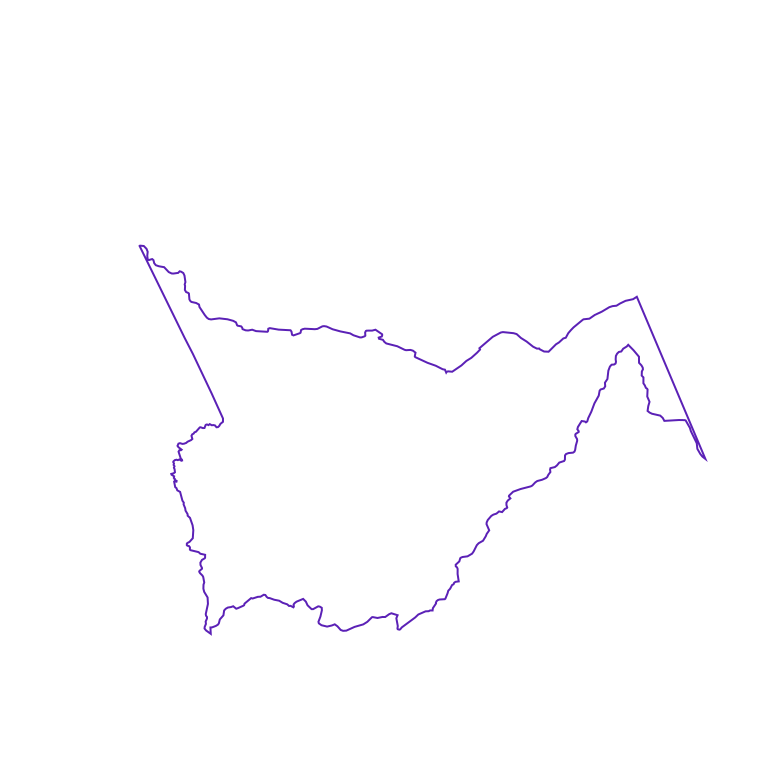 outline of Neno, Neno, Malawi, rotated 245°
{"feature_id": "42251766B14168102698524", "entity_name": "Neno", "entity_type": "district", "adm_level": 2, "iso_a3": "MWI", "parent_name": "Malawi", "parent_adm1": "Neno", "projection": "albers", "projection_center": [34.695, -15.51], "detail": "fine", "context": "isolated", "style": "outline", "palette": "violet", "viewbox_px": 768, "rotation_deg": 245, "n_neighbors": 0, "source": "geoboundaries", "source_scale": "gbopen_adm2", "svg_char_len": 6166}
<svg xmlns="http://www.w3.org/2000/svg" viewBox="0 0 768 768"><g transform="rotate(245 384 384)"><path d="M420.8,223.5L417.8,222.1L417.0,218.9L415.6,216.9L415.1,215.3L415.6,213.9L417.9,213.3L418.9,212.0L419.4,210.5L421.3,209.1L420.9,207.6L422.1,206.5L422.3,205.8L422.2,205.0L420.0,202.7L420.6,201.2L422.3,199.5L422.5,198.7L420.2,193.4L420.3,191.8L419.5,190.5L419.4,188.9L418.4,187.6L415.2,187.1L414.7,185.5L414.7,181.5L414.2,179.9L414.4,177.5L414.9,176.0L416.6,174.1L416.8,172.5L415.2,170.7L413.6,171.0L410.0,172.8L409.8,172.0L410.4,170.5L409.5,169.2L402.3,168.3L400.8,168.9L400.0,168.7L400.1,167.9L402.1,166.6L402.1,165.0L403.1,163.9L403.4,162.2L402.9,160.6L402.4,160.0L400.7,160.1L399.6,159.1L398.0,159.4L396.9,158.2L395.3,158.2L392.3,157.2L392.0,155.6L392.4,153.2L391.6,153.1L389.0,154.8L387.7,153.8L386.3,154.3L385.7,153.8L383.8,155.1L383.2,154.6L384.1,153.2L384.1,152.5L378.8,151.2L377.3,151.9L375.0,151.7L372.4,153.6L363.4,152.0L361.1,152.4L359.6,151.5L355.4,151.3L353.1,150.6L349.1,151.0L347.6,150.4L344.7,151.6L336.8,150.8L332.1,149.4L325.0,145.5L323.1,141.0L323.0,138.7L322.7,137.9L321.3,137.2L320.5,137.5L319.6,138.7L318.0,139.1L315.9,138.1L315.1,138.5L310.0,144.9L307.8,145.8L304.8,149.7L302.3,148.5L301.8,147.9L301.5,144.7L299.7,142.1L297.5,141.2L294.2,141.3L293.5,141.0L292.6,137.8L292.0,137.2L290.4,137.3L287.1,138.5L285.5,138.6L280.1,137.2L278.4,135.6L274.8,133.8L271.6,133.2L265.1,133.9L259.1,131.5L250.8,125.2L249.2,124.8L247.6,125.1L246.2,124.4L244.1,122.0L241.8,121.2L239.6,118.8L238.2,118.0L235.8,118.6L230.8,121.4L236.7,123.8L236.1,125.3L235.8,129.3L236.1,131.8L236.9,133.2L240.0,135.7L242.2,140.7L246.3,143.4L247.2,145.6L247.4,148.0L246.5,151.1L246.3,153.4L242.8,155.1L242.6,156.7L242.5,163.0L242.7,163.8L243.9,164.8L246.1,173.1L245.1,174.3L244.4,179.9L243.4,182.1L243.8,186.0L242.9,187.3L240.6,187.7L239.1,188.5L238.3,189.9L234.9,193.3L231.9,197.4L228.5,199.7L225.2,203.2L223.0,204.1L222.4,205.6L219.9,207.5L220.3,208.2L222.4,208.9L223.2,210.4L223.7,212.7L223.4,219.9L219.8,221.2L215.7,221.2L210.6,223.2L209.9,224.6L210.3,230.4L209.4,231.7L207.5,233.0L205.2,232.1L200.1,228.1L196.2,224.1L194.6,223.8L191.8,225.4L188.2,229.9L187.2,234.6L187.0,237.8L184.1,239.4L179.4,240.8L177.6,242.6L176.4,245.6L176.3,254.7L174.9,263.6L175.5,268.4L177.7,274.5L177.5,275.3L174.7,279.2L173.5,284.2L172.3,286.6L173.2,291.4L173.1,293.8L168.7,298.6L166.5,296.2L158.8,294.2L156.8,292.9L156.0,292.8L154.9,294.0L154.8,295.0L155.9,297.3L159.2,313.5L160.6,317.7L160.4,325.6L159.2,328.5L159.3,330.1L158.2,332.3L160.2,333.6L163.1,338.4L163.9,338.6L165.0,339.9L165.4,341.6L165.2,343.3L163.3,348.1L163.5,348.9L167.4,353.1L169.5,354.9L170.5,357.4L173.0,360.7L173.1,362.4L174.2,363.6L174.5,365.2L173.5,368.3L180.7,370.4L185.3,372.6L186.9,372.7L188.4,372.0L189.9,372.6L191.4,377.3L193.9,379.5L194.1,380.4L194.0,382.1L192.5,386.9L193.0,392.1L194.3,394.4L198.7,400.0L199.7,402.5L200.1,407.5L203.0,411.9L204.7,413.7L206.9,417.5L213.7,417.7L215.2,418.6L216.9,420.6L219.1,425.5L219.4,427.9L219.0,431.2L219.9,434.4L218.0,436.9L219.7,440.8L219.6,442.8L220.0,443.5L222.5,443.8L224.7,444.8L226.1,447.0L226.9,450.2L229.3,449.7L230.0,450.2L231.8,455.5L231.1,463.4L229.2,473.7L229.3,475.5L230.9,479.5L231.3,481.9L230.4,486.8L230.3,491.0L230.7,492.6L232.3,494.6L233.9,497.6L236.2,498.3L237.4,499.3L236.5,503.7L237.1,506.3L238.7,509.6L238.1,514.7L239.0,516.0L242.8,517.9L243.6,519.4L243.4,522.1L241.9,526.3L242.2,528.0L243.5,529.4L247.1,531.8L250.9,535.1L252.5,535.7L255.9,535.4L257.3,536.0L257.8,536.7L258.2,540.1L258.9,540.5L261.3,540.1L263.1,541.6L266.9,547.5L265.1,550.2L263.9,550.8L264.2,552.4L266.8,554.7L271.3,560.2L277.5,566.5L282.7,573.7L286.8,576.6L287.5,578.0L287.0,581.3L288.4,583.5L291.8,584.8L294.1,588.6L301.3,593.0L304.3,596.1L305.3,598.4L304.4,600.9L304.7,602.5L306.0,603.6L308.5,604.4L311.4,606.0L313.0,608.1L313.8,610.4L313.2,612.8L314.9,615.7L315.4,619.9L316.3,621.9L309.2,624.4L301.0,626.6L295.4,624.1L292.1,625.2L289.5,625.4L287.9,624.9L286.4,623.0L282.7,621.1L280.3,621.9L275.0,619.4L272.5,619.8L269.9,619.7L268.4,620.5L267.5,620.5L261.4,617.3L255.6,617.1L252.3,614.2L248.2,611.5L245.9,612.6L243.8,614.3L238.6,621.0L235.4,622.3L232.1,622.5L226.7,636.1L224.1,641.4L223.4,642.0L215.0,642.7L211.6,642.2L198.1,642.4L192.8,640.6L186.9,641.1L183.6,641.9L180.3,643.6L356.2,650.0L355.6,645.6L357.3,638.1L357.2,631.9L356.7,627.8L358.0,624.0L358.4,620.7L357.5,611.9L357.5,604.3L356.4,597.8L358.3,592.2L358.2,591.3L355.2,579.7L353.9,576.3L352.2,572.5L349.1,568.3L349.5,565.8L347.7,560.1L347.3,556.7L343.7,546.8L345.8,542.8L349.7,539.8L350.5,539.7L351.5,537.5L354.8,534.9L362.2,531.2L367.8,527.6L373.2,525.3L375.3,522.9L380.8,513.7L381.3,511.6L380.8,502.5L376.1,485.6L374.6,485.6L373.0,481.5L370.8,474.2L370.1,468.4L368.1,462.0L366.3,451.0L368.4,447.4L368.5,445.8L368.1,445.2L371.2,445.3L372.6,443.4L378.7,438.6L384.8,432.4L395.0,423.8L395.8,423.5L396.5,423.9L399.1,425.8L402.0,424.3L403.7,422.4L405.3,418.3L406.3,417.1L412.6,412.0L419.8,403.2L422.1,402.1L424.5,401.7L427.1,398.6L428.3,398.8L428.0,402.1L429.1,403.1L429.9,403.3L436.8,399.2L437.4,395.9L439.7,390.8L439.7,390.0L438.7,388.7L435.7,387.5L435.4,386.7L435.7,383.5L436.3,382.0L441.1,376.9L444.2,374.7L450.1,366.7L455.3,360.6L460.4,356.2L461.8,354.1L462.3,352.5L462.1,346.9L462.9,344.5L467.6,335.6L468.1,333.2L467.9,331.6L465.8,330.1L465.6,329.3L466.3,322.5L467.5,321.5L470.6,322.3L472.2,322.0L477.8,311.5L482.9,304.1L483.0,302.5L481.0,301.3L480.6,300.5L480.9,299.8L486.0,290.4L488.9,287.5L489.9,283.5L491.1,281.3L493.5,279.0L495.1,279.3L496.6,278.9L498.7,276.0L499.3,275.7L502.4,275.9L505.0,274.0L508.8,269.5L513.1,262.5L515.6,254.6L517.0,252.6L519.0,251.5L522.3,250.7L531.7,249.3L534.2,249.9L536.8,248.0L539.8,244.1L541.3,243.5L542.9,243.4L548.4,245.4L549.1,245.2L551.0,243.5L553.4,243.3L557.0,245.2L558.4,245.4L560.3,247.1L566.6,249.0L569.4,249.0L571.5,247.6L572.5,246.4L571.7,244.4L573.1,239.8L573.9,238.3L576.4,236.2L582.8,234.1L585.8,229.8L588.1,227.4L590.6,226.8L593.7,227.4L594.6,227.0L595.2,226.7L595.7,223.4L596.2,222.7L597.0,222.6L600.2,223.6L603.7,225.7L606.9,225.9L610.6,224.6L612.7,221.0L613.2,220.8L510.1,222.8L492.1,223.5L448.3,223.8L420.8,223.5Z" fill="none" stroke="#5b21b6" stroke-width="2"/></g></svg>